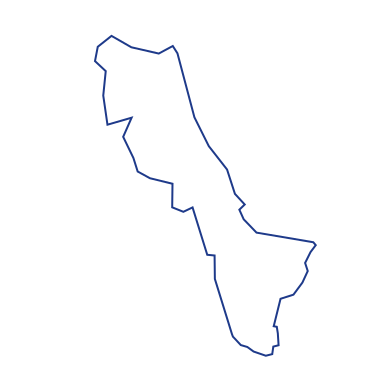 York, Virginia, United States of America (Mercator projection), rotated 18°
{"feature_id": "52423323B51899565145561", "entity_name": "York", "entity_type": "district", "adm_level": 2, "iso_a3": "USA", "parent_name": "United States of America", "parent_adm1": "Virginia", "projection": "mercator", "projection_center": [-76.531, 37.236], "detail": "fine", "context": "isolated", "style": "outline", "palette": "blue", "viewbox_px": 384, "rotation_deg": 18, "n_neighbors": 0, "source": "geoboundaries", "source_scale": "gbopen_adm2", "svg_char_len": 787}
<svg xmlns="http://www.w3.org/2000/svg" viewBox="0 0 384 384"><g transform="rotate(18 192 192)"><path d="M320.2,258.3L325.0,244.0L326.5,231.4L321.5,224.5L323.3,212.5L326.1,204.3L322.9,202.3L265.9,210.7L249.6,202.0L242.5,194.2L246.0,187.6L233.4,180.5L218.4,159.8L193.8,143.2L171.2,120.2L135.3,64.6L128.6,59.1L117.6,70.6L89.6,73.1L67.2,68.4L57.5,83.0L59.3,97.5L72.6,103.7L77.8,127.7L90.8,154.1L111.6,140.0L109.5,160.8L125.8,177.8L134.0,189.3L147.7,191.9L170.9,190.2L177.9,212.7L189.9,213.5L197.3,206.5L203.5,215.3L225.9,247.0L233.1,245.4L240.6,267.6L266.5,304.3L273.9,314.8L275.6,316.9L285.7,322.5L292.5,322.3L299.9,324.7L312.8,324.9L318.4,321.4L317.1,313.9L321.7,311.0L317.3,299.9L314.3,294.0L311.2,294.4L309.2,266.2L320.2,258.3Z" fill="none" stroke="#1e3a8a" stroke-width="2"/></g></svg>